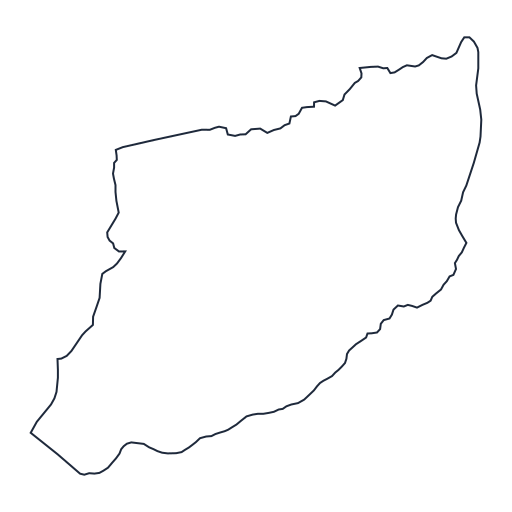 Maurilândia do Tocantins, Tocantins, Brazil
{"feature_id": "56859067B46182504627993", "entity_name": "Maurilândia do Tocantins", "entity_type": "district", "adm_level": 2, "iso_a3": "BRA", "parent_name": "Brazil", "parent_adm1": "Tocantins", "projection": "mercator", "projection_center": [-47.581, -6.021], "detail": "fine", "context": "isolated", "style": "outline", "palette": "slate", "viewbox_px": 512, "rotation_deg": 0, "n_neighbors": 0, "source": "geoboundaries", "source_scale": "gbopen_adm2", "svg_char_len": 2697}
<svg xmlns="http://www.w3.org/2000/svg" viewBox="0 0 512 512"><path d="M30.7,432.8L57.5,454.2L80.1,473.7L84.3,474.7L89.2,473.2L94.4,473.6L99.4,472.9L103.4,470.7L108.0,467.7L112.2,462.7L115.9,458.5L119.5,453.6L121.2,449.2L123.7,446.2L126.9,443.7L131.3,442.4L136.3,443.0L143.8,443.9L149.1,447.3L153.6,449.2L157.4,451.1L162.1,452.7L167.7,453.4L176.1,453.2L181.6,452.1L184.9,449.9L188.9,447.5L192.2,445.0L195.8,442.2L200.0,438.2L206.2,436.5L211.4,436.1L215.5,434.0L220.2,432.5L224.7,431.2L228.2,429.7L231.8,427.4L236.4,424.6L241.1,420.7L246.5,416.4L252.7,414.6L257.8,413.8L263.3,413.8L268.7,412.9L273.9,411.8L278.7,409.5L282.7,408.9L286.4,406.3L291.3,404.5L298.0,403.1L304.2,399.6L309.3,394.8L313.9,390.4L317.1,386.2L320.0,383.0L323.5,380.7L327.2,378.8L332.0,376.1L335.3,372.5L338.4,370.0L341.9,366.5L345.0,363.0L346.4,358.8L347.0,354.0L349.1,350.5L352.1,347.8L356.0,344.2L361.7,340.5L366.1,337.5L367.5,333.5L371.6,333.3L377.0,332.5L380.1,329.1L380.8,323.8L383.7,320.1L389.5,318.5L391.9,314.6L393.5,309.6L397.9,305.5L403.8,306.5L407.8,304.9L412.0,305.9L417.0,307.6L422.6,304.8L427.4,302.8L430.6,300.7L432.3,296.8L435.8,293.7L441.0,289.5L443.6,284.7L446.8,281.2L449.6,276.4L453.4,274.9L456.0,269.0L454.9,263.1L457.0,259.8L458.8,256.0L461.8,252.4L463.9,247.8L466.4,242.9L462.2,235.9L458.9,230.1L456.0,222.7L455.7,218.5L456.1,214.4L458.0,207.1L461.2,200.7L463.1,192.2L466.3,185.6L473.8,162.9L479.6,142.6L480.5,136.6L481.3,119.7L480.2,109.6L476.7,93.6L476.1,85.4L478.3,68.4L478.3,52.1L477.5,47.9L473.9,41.6L469.4,37.3L464.3,37.3L461.2,42.0L456.4,52.9L451.6,56.5L446.3,58.7L441.5,58.3L432.1,55.1L426.8,58.0L423.1,62.0L418.8,65.4L415.1,66.5L406.9,65.3L402.8,67.1L399.4,69.4L394.6,72.4L390.4,73.1L387.3,68.0L383.3,68.3L378.0,66.6L370.8,66.9L359.7,68.0L361.5,73.4L361.3,77.4L358.1,81.0L354.8,82.9L349.8,89.1L344.5,94.5L342.8,100.1L335.1,105.6L325.9,101.4L319.4,100.9L314.1,102.3L314.0,106.7L306.9,107.1L302.0,107.8L298.7,113.8L295.5,116.1L290.9,116.5L289.4,123.5L284.6,125.2L280.4,128.4L273.9,130.0L267.3,132.9L260.2,128.6L251.1,129.3L245.6,134.3L240.2,134.5L235.1,135.9L227.8,134.5L226.1,128.2L219.0,126.7L214.9,127.8L209.8,129.8L201.9,129.7L154.5,139.9L122.9,147.1L115.8,149.9L116.6,155.5L116.8,159.9L114.1,162.9L114.1,167.6L113.0,173.6L113.9,178.5L115.5,185.1L115.5,192.0L116.4,200.8L118.7,212.6L115.5,218.7L107.2,232.4L107.6,237.0L109.6,240.6L113.1,243.4L114.3,248.0L119.0,251.5L125.2,251.4L121.0,258.1L117.0,263.5L113.2,267.1L105.9,271.2L102.3,273.9L100.4,283.8L99.6,297.9L96.4,307.3L93.1,316.7L92.9,324.9L85.6,331.4L82.1,335.2L71.4,351.0L66.7,355.9L61.3,358.6L57.5,359.0L57.9,369.9L57.9,377.7L56.5,391.9L54.4,398.4L51.0,404.5L36.8,421.8L30.7,432.8Z" fill="none" stroke="#1e293b" stroke-width="2"/></svg>